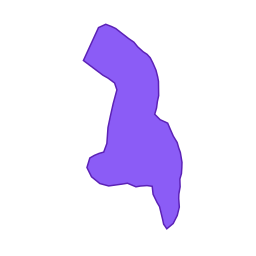 the district of Palmelo, Goiás, Brazil, rotated 350°
{"feature_id": "56859067B29924279004635", "entity_name": "Palmelo", "entity_type": "district", "adm_level": 2, "iso_a3": "BRA", "parent_name": "Brazil", "parent_adm1": "Goiás", "projection": "natural_earth1", "projection_center": [-48.394, -17.308], "detail": "fine", "context": "isolated", "style": "filled", "palette": "violet", "viewbox_px": 256, "rotation_deg": 350, "n_neighbors": 0, "source": "geoboundaries", "source_scale": "gbopen_adm2", "svg_char_len": 934}
<svg xmlns="http://www.w3.org/2000/svg" viewBox="0 0 256 256"><g transform="rotate(350 128 128)"><path d="M112.3,182.2L117.9,182.3L125.6,187.3L130.1,187.3L136.7,188.0L141.7,189.6L141.2,197.7L143.7,206.4L145.4,210.9L146.2,223.5L146.4,228.9L148.7,234.0L155.9,229.9L161.3,222.7L164.8,214.8L165.7,206.2L166.6,201.9L169.1,195.0L170.2,187.3L172.7,182.2L174.1,176.5L175.2,171.2L175.3,161.2L174.5,156.5L173.9,150.8L171.2,143.9L169.4,136.6L167.9,130.1L161.1,125.4L156.7,119.1L159.6,113.2L161.5,107.1L163.8,101.5L166.1,87.4L166.1,82.9L165.6,76.0L163.8,68.4L162.1,62.8L159.6,58.8L156.1,55.5L151.6,49.7L148.7,44.5L144.1,40.0L137.2,32.4L133.2,27.9L129.4,25.2L124.1,22.0L116.4,24.0L95.8,53.8L112.5,71.7L116.9,75.3L122.6,81.3L123.7,88.5L117.7,101.3L112.8,113.0L108.4,124.0L104.5,139.6L99.9,147.5L95.1,148.0L90.2,149.1L85.2,150.9L80.7,159.8L83.6,169.7L90.6,177.8L98.9,181.7L112.3,182.2Z" fill="#8b5cf6" stroke="#5b21b6" stroke-width="1.5"/></g></svg>